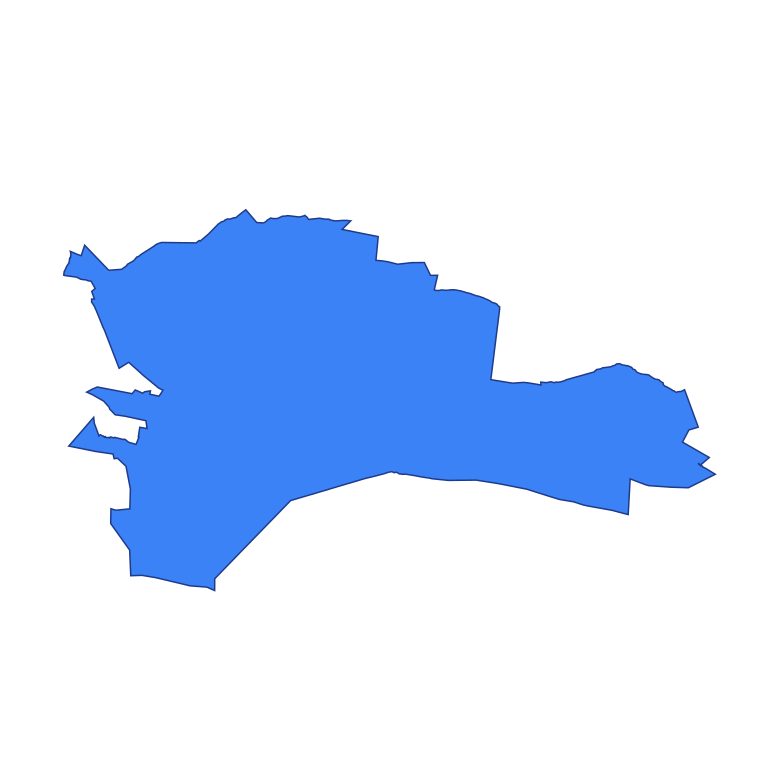 outline of Arteaga, Coahuila, Mexico, rotated 354°
{"feature_id": "50627088B72985207362422", "entity_name": "Arteaga", "entity_type": "district", "adm_level": 2, "iso_a3": "MEX", "parent_name": "Mexico", "parent_adm1": "Coahuila", "projection": "mercator", "projection_center": [-100.619, 25.345], "detail": "fine", "context": "isolated", "style": "filled", "palette": "blue", "viewbox_px": 768, "rotation_deg": 354, "n_neighbors": 0, "source": "geoboundaries", "source_scale": "gbopen_adm2", "svg_char_len": 5931}
<svg xmlns="http://www.w3.org/2000/svg" viewBox="0 0 768 768"><g transform="rotate(354 384 384)"><path d="M194.0,571.7L195.3,560.0L200.9,555.3L205.3,551.6L215.6,543.0L223.1,536.7L231.4,529.8L248.2,515.8L251.2,513.3L278.9,490.2L287.3,488.6L308.6,484.7L323.5,481.9L329.3,480.8L337.0,479.4L340.4,478.8L347.7,477.4L355.3,476.0L362.2,475.1L368.5,474.2L374.9,473.2L379.3,472.2L382.6,472.0L385.1,473.3L386.7,473.0L388.1,473.5L389.5,474.9L391.4,475.3L393.3,475.8L396.0,475.9L405.1,478.4L406.4,478.8L407.6,479.1L409.9,479.9L416.3,481.6L419.2,482.3L421.7,483.2L437.9,486.6L465.5,489.2L484.3,494.2L488.6,495.4L513.6,503.1L514.2,503.2L525.9,508.3L537.4,513.3L546.3,517.1L560.2,521.0L569.5,525.1L573.6,526.5L597.7,533.5L603.9,535.9L613.2,539.4L618.9,504.1L633.3,511.4L636.3,512.6L636.9,512.8L659.0,516.7L675.8,519.0L704.0,508.4L695.3,501.7L692.6,500.0L692.3,499.9L692.4,499.6L692.1,499.1L691.6,498.6L690.7,498.1L690.5,498.4L688.4,496.4L688.5,496.1L690.6,497.5L699.8,491.1L674.8,473.0L682.4,461.6L692.0,459.8L691.5,457.6L682.3,421.1L680.0,422.0L679.7,422.2L678.7,422.5L677.4,422.4L676.5,422.5L675.5,422.4L674.4,422.7L673.5,422.7L672.6,422.0L671.8,421.2L670.5,420.6L669.7,419.9L668.7,419.2L667.6,418.3L666.5,417.7L665.4,416.7L663.9,415.9L662.7,415.1L662.3,414.6L661.7,413.7L661.7,412.8L661.6,411.9L660.1,411.0L658.9,409.9L657.9,408.5L656.1,408.0L654.5,407.6L652.9,406.6L650.9,405.1L649.7,404.0L648.4,402.8L646.9,402.2L642.8,401.4L641.3,401.0L639.4,400.2L637.8,399.4L636.3,398.2L635.7,396.9L634.8,395.9L633.8,395.6L632.9,395.0L632.4,393.9L631.5,393.0L630.6,392.6L630.0,392.2L628.2,391.3L626.7,391.0L625.5,390.6L624.2,390.3L623.2,390.0L622.3,389.5L620.9,388.6L619.3,388.4L617.8,388.3L617.0,388.6L616.1,389.2L614.8,389.7L613.2,389.9L612.5,390.2L611.6,390.5L610.7,390.7L609.5,390.6L608.4,390.7L606.9,390.7L605.7,390.8L605.0,390.7L603.5,390.7L602.4,391.0L601.8,391.4L600.8,391.6L599.9,391.7L598.7,391.7L597.9,391.8L597.1,391.8L596.5,392.2L595.9,392.7L595.0,393.1L594.5,393.9L584.6,395.6L581.8,396.1L574.6,397.3L565.9,398.8L565.4,398.9L564.6,399.2L564.0,399.7L562.7,399.8L561.5,399.9L560.8,400.3L558.6,400.4L557.7,400.5L556.7,400.3L555.6,400.2L554.7,400.1L553.9,400.4L553.3,400.5L552.1,399.9L550.5,399.3L549.2,399.3L547.8,399.4L546.7,399.6L545.4,399.6L544.5,399.4L543.3,399.2L541.9,398.9L541.0,398.7L540.1,398.5L540.0,401.4L536.5,400.4L528.2,398.1L523.1,397.0L512.0,396.6L510.4,396.2L492.0,391.2L490.7,390.8L501.3,345.2L504.0,333.8L506.8,321.7L507.1,319.4L506.9,319.1L505.7,318.3L504.8,316.6L504.2,316.1L503.3,315.6L502.5,315.0L501.5,314.8L499.9,314.0L497.4,311.9L496.7,311.5L495.8,311.0L495.0,310.5L493.9,310.0L492.9,309.5L492.4,309.0L491.4,308.4L490.6,308.2L489.8,307.8L488.5,307.1L487.0,306.5L486.4,306.3L485.3,306.0L484.3,305.5L483.0,305.0L481.5,304.2L480.2,303.5L478.9,302.9L478.1,302.6L477.2,302.3L476.6,302.1L475.6,301.8L473.7,300.9L472.4,300.4L471.0,299.8L469.9,299.4L468.5,299.0L467.4,298.7L466.5,298.3L465.1,298.0L463.5,297.6L462.7,297.5L461.1,297.4L459.8,297.3L458.0,297.4L456.6,297.4L456.3,297.3L455.5,297.3L453.8,297.0L452.8,296.8L451.7,296.5L451.1,296.5L450.2,296.5L449.5,296.6L448.8,296.8L446.9,296.6L445.0,296.2L444.0,296.0L444.1,294.9L448.7,281.5L441.6,280.8L436.8,267.4L424.2,266.2L410.1,266.3L400.5,262.8L394.4,261.2L388.9,260.2L392.2,244.1L393.6,236.8L380.7,232.8L370.4,229.6L358.5,225.9L367.9,218.3L366.6,218.2L365.4,217.6L362.9,217.3L361.0,217.1L358.6,216.9L355.5,216.9L352.6,216.7L351.5,216.4L349.8,215.9L347.6,215.2L346.8,214.4L342.3,213.8L337.2,212.4L329.6,212.4L326.1,212.4L325.0,210.2L322.9,208.0L322.0,208.4L320.2,208.7L318.2,209.0L317.1,209.0L316.0,208.8L308.7,207.1L305.7,206.5L302.9,206.7L300.5,206.5L295.2,208.3L290.7,207.8L288.7,207.1L285.1,208.8L283.7,210.0L282.6,210.6L281.3,211.1L280.2,211.1L274.3,210.1L264.8,196.3L260.2,199.0L254.0,203.1L252.1,203.0L247.9,203.9L245.8,203.5L243.3,204.1L241.8,205.3L239.4,205.7L235.9,207.6L225.0,216.6L216.1,222.7L215.2,222.0L211.9,224.0L198.0,222.4L177.8,220.0L175.2,220.4L172.0,221.4L169.6,222.9L156.2,229.6L153.2,231.5L151.4,231.9L148.0,235.2L141.2,238.2L140.5,239.4L135.1,242.5L131.8,242.4L122.1,242.1L100.8,214.7L98.5,219.8L96.3,224.7L93.7,223.6L89.1,221.1L85.9,219.3L86.2,222.5L86.1,222.8L86.0,223.2L85.9,223.6L85.7,224.5L85.5,225.2L85.1,226.0L84.8,225.8L84.7,226.1L84.2,227.1L84.1,227.9L84.0,228.6L83.8,229.2L83.3,230.1L83.3,231.1L82.4,231.7L82.0,232.2L81.5,232.9L81.3,233.1L80.3,234.5L79.7,235.6L79.1,236.6L78.9,237.0L78.5,237.5L78.3,237.9L78.1,238.2L77.7,238.7L77.7,238.9L77.5,239.7L77.4,239.9L77.3,240.5L77.1,241.1L76.9,242.3L77.7,242.7L78.6,242.9L79.4,243.1L80.4,243.4L82.9,244.0L84.5,244.4L87.5,245.1L89.0,245.5L89.3,245.5L89.7,245.8L90.8,246.5L91.2,246.6L91.9,247.1L92.9,247.9L95.4,248.7L96.9,249.0L98.2,249.2L99.0,249.6L100.7,250.5L101.6,250.6L102.4,250.9L103.5,251.2L106.7,258.8L103.0,261.4L103.6,263.8L104.9,269.2L103.3,269.1L102.1,269.0L101.9,271.1L101.7,271.8L103.7,275.7L103.8,275.8L104.0,276.2L105.0,279.5L105.4,280.6L107.2,286.7L108.9,292.7L109.0,292.9L109.5,294.8L110.0,296.6L110.4,298.0L110.6,298.4L110.7,298.8L110.8,298.8L112.0,302.7L122.2,340.7L132.4,335.7L145.8,350.6L159.6,364.6L163.6,367.0L161.6,369.5L159.0,372.6L150.0,369.7L151.0,366.4L145.1,366.7L143.0,367.9L136.0,363.9L132.5,367.3L98.5,357.0L93.4,358.6L87.5,361.0L92.8,364.1L103.4,371.7L108.2,378.4L108.5,380.2L113.4,386.5L123.2,389.0L143.4,395.6L143.7,403.5L136.6,401.5L134.1,411.0L134.7,411.3L131.1,418.1L124.0,415.3L120.7,412.0L120.1,411.8L119.7,411.8L119.3,412.1L115.5,410.7L110.6,408.9L109.8,409.4L106.8,408.1L105.7,409.0L105.5,408.4L103.1,408.4L100.9,407.8L101.2,407.2L99.6,407.0L99.3,406.3L98.4,406.2L96.7,404.8L95.7,405.2L95.1,405.8L91.8,392.7L91.8,386.8L64.0,412.8L90.3,421.0L107.2,425.3L107.8,430.1L111.2,430.0L118.8,438.8L119.7,449.1L120.8,462.0L119.6,470.8L118.2,481.6L104.2,481.5L99.4,479.5L97.6,494.2L113.7,522.6L112.1,548.2L123.3,549.0L136.3,552.6L142.1,554.6L152.9,558.4L161.5,561.4L169.8,564.4L186.6,567.5L194.0,571.7Z" fill="#3b82f6" stroke="#1e3a8a" stroke-width="1.5"/></g></svg>